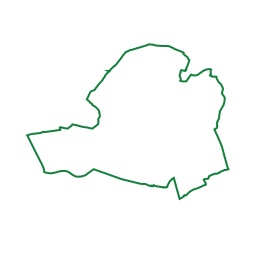 Uitgeest, Noord-Holland, Netherlands (Robinson projection), rotated 170°
{"feature_id": "6326949B50941675836803", "entity_name": "Uitgeest", "entity_type": "district", "adm_level": 2, "iso_a3": "NLD", "parent_name": "Netherlands", "parent_adm1": "Noord-Holland", "projection": "robinson", "projection_center": [4.72, 52.523], "detail": "fine", "context": "isolated", "style": "outline", "palette": "green", "viewbox_px": 256, "rotation_deg": 170, "n_neighbors": 0, "source": "geoboundaries", "source_scale": "gbopen_adm2", "svg_char_len": 5466}
<svg xmlns="http://www.w3.org/2000/svg" viewBox="0 0 256 256"><g transform="rotate(170 128 128)"><path d="M218.1,99.0L216.8,98.5L215.6,97.9L214.5,97.5L213.0,97.0L211.5,96.7L210.6,96.7L208.5,96.7L205.5,96.9L203.4,97.2L202.2,97.2L198.5,96.9L196.9,96.5L196.1,96.1L195.3,95.7L194.3,95.0L193.4,94.2L190.2,91.0L188.7,89.9L188.1,89.5L187.2,89.1L184.3,88.5L183.0,88.4L182.2,88.4L179.8,88.6L178.2,88.9L169.0,93.4L143.1,78.7L125.6,71.0L124.5,70.6L121.4,70.0L120.6,69.8L119.5,69.1L118.0,68.0L117.1,67.6L116.6,67.1L115.4,67.3L115.2,67.3L114.9,67.2L114.7,67.1L114.5,66.7L114.4,66.7L114.5,66.5L114.2,66.4L113.8,66.5L113.5,66.4L113.4,66.3L113.1,66.4L112.9,66.6L112.7,66.9L112.6,67.2L111.4,66.2L110.7,66.1L109.2,65.3L108.7,65.1L108.2,65.1L106.5,64.5L103.9,63.4L103.8,63.7L101.4,62.9L101.2,63.2L100.9,63.2L100.5,63.1L99.6,63.0L98.9,64.7L98.5,65.2L97.5,66.5L96.3,68.0L95.9,68.4L95.1,69.0L93.8,69.7L93.8,69.9L91.6,70.9L90.2,56.4L89.5,49.2L85.5,50.6L85.2,50.9L84.1,51.4L84.1,51.6L84.3,51.9L84.1,52.0L84.0,51.8L83.8,51.7L82.3,51.7L80.9,52.7L80.8,52.8L79.5,53.7L77.7,54.8L75.2,55.7L74.4,56.0L70.4,56.5L67.0,57.3L65.0,57.9L62.5,58.5L61.8,58.7L61.6,58.7L61.6,58.8L61.2,58.7L61.1,59.7L61.1,60.2L61.2,60.8L61.3,61.1L61.8,61.9L62.0,62.3L62.1,62.7L62.3,64.1L61.1,64.3L57.9,64.2L57.8,64.4L57.3,64.8L57.2,65.0L57.0,65.8L56.9,66.1L56.6,66.4L56.4,66.6L55.2,66.8L54.4,67.1L52.5,67.6L52.4,67.6L52.1,67.5L51.3,67.6L50.3,67.9L49.9,67.9L49.5,67.8L49.1,67.5L48.1,67.6L47.2,67.9L46.0,68.0L45.9,68.3L45.4,68.4L44.8,68.7L43.4,69.0L40.2,69.9L39.2,69.7L36.3,69.9L36.4,70.4L36.6,71.2L36.9,72.6L37.0,73.9L37.8,82.6L37.9,83.3L38.0,83.6L38.0,84.0L38.0,84.5L38.0,85.0L38.7,93.1L38.9,94.2L39.1,94.8L39.2,95.2L39.2,95.8L39.3,96.1L41.6,105.8L42.0,107.0L42.3,107.8L42.3,108.0L42.4,108.7L43.1,111.6L42.3,111.9L41.4,112.2L41.0,112.4L40.3,113.0L39.7,114.2L39.7,114.4L39.9,114.9L40.0,115.5L39.2,117.8L39.0,118.5L39.0,118.8L38.6,119.0L38.4,119.1L38.2,119.6L37.9,120.1L37.1,120.9L36.8,121.6L36.0,124.0L35.7,125.1L35.6,125.7L35.2,126.3L35.0,127.0L34.9,127.4L34.9,127.9L34.9,128.0L34.6,128.4L34.2,128.9L33.5,129.7L33.1,130.2L32.8,130.6L32.4,131.1L31.5,132.1L31.1,132.7L30.3,133.4L29.9,134.2L29.6,134.8L29.2,135.5L28.3,137.6L28.1,138.7L27.7,139.5L27.7,140.0L27.6,140.5L27.5,141.0L27.6,141.6L28.0,142.5L29.1,144.6L29.5,145.8L29.4,146.0L29.0,146.6L28.9,147.1L28.3,148.7L27.8,149.6L27.6,150.4L27.6,150.9L28.0,152.2L28.3,152.8L28.7,154.5L29.0,155.1L29.4,155.8L29.6,156.2L30.5,157.0L30.8,157.4L32.2,161.8L32.1,162.2L32.0,163.1L32.8,163.4L33.2,163.5L33.9,163.6L35.3,163.7L35.6,163.8L37.2,164.7L37.5,164.9L37.6,165.0L37.2,165.5L38.0,165.7L36.9,167.4L36.9,167.9L36.9,168.9L36.8,169.6L36.6,170.0L36.0,171.0L36.3,171.3L36.5,171.6L37.9,171.9L39.1,172.0L40.4,172.0L41.9,171.8L43.3,171.4L44.1,171.1L45.6,170.4L49.7,168.5L50.4,168.2L51.0,168.1L52.4,168.1L53.4,168.2L54.4,168.5L55.3,168.8L55.8,169.1L56.7,169.6L59.5,166.8L62.6,163.8L64.2,164.1L65.7,164.2L68.3,165.4L68.0,165.7L67.7,166.5L67.6,167.0L67.5,167.4L67.5,167.8L68.0,169.7L68.1,170.1L68.1,170.4L68.0,170.8L67.9,171.2L67.7,171.5L66.4,173.8L66.6,174.1L65.6,175.7L61.6,174.2L60.7,175.2L61.1,175.4L58.9,178.6L57.5,180.9L55.8,184.1L56.0,184.2L56.3,184.7L56.8,186.0L57.0,186.9L57.2,187.3L58.3,188.7L59.3,189.7L60.6,191.5L60.4,191.9L60.1,192.4L61.6,193.6L64.0,195.0L66.0,196.3L67.6,197.3L67.9,197.4L68.0,197.4L68.4,197.6L68.6,197.8L68.7,198.1L68.9,198.3L70.6,199.5L71.2,199.9L71.8,200.4L72.7,200.9L73.0,201.2L73.5,201.4L73.6,201.5L73.9,201.6L74.1,201.6L74.5,201.9L75.5,201.9L83.7,203.7L84.6,203.9L87.9,205.1L88.1,205.2L88.3,205.5L88.5,205.6L92.0,206.5L92.8,206.8L93.5,206.5L95.2,206.2L97.4,205.9L109.3,204.5L112.4,204.3L113.1,204.2L117.2,203.0L117.4,202.9L118.3,202.0L119.9,200.8L120.7,200.1L121.0,199.6L121.7,198.8L122.5,198.2L123.1,197.5L124.7,196.2L124.8,195.9L125.0,195.8L127.4,193.8L127.6,193.6L127.7,193.4L128.0,193.1L128.5,192.6L131.0,191.1L131.1,191.3L131.3,191.2L131.9,190.7L133.6,189.6L134.6,188.8L135.1,188.3L135.7,187.8L136.1,187.6L136.3,187.6L138.0,187.8L137.5,187.4L137.3,187.1L137.0,187.1L136.8,186.9L138.6,185.9L139.6,185.2L140.6,184.3L141.7,183.2L141.9,183.0L142.0,182.6L142.4,182.1L144.2,180.5L144.5,180.0L145.6,178.8L146.8,178.1L148.2,177.0L149.1,176.3L149.6,175.8L150.5,175.1L151.1,174.2L151.9,173.7L152.5,173.2L153.3,172.3L154.1,171.5L154.5,171.2L154.8,171.1L157.4,170.7L158.5,170.2L159.0,169.7L163.6,163.3L161.2,160.5L161.0,159.8L160.7,159.4L159.7,158.6L159.4,158.3L159.3,157.2L159.1,156.8L158.8,156.6L158.3,156.3L157.9,155.9L157.3,155.3L156.2,154.2L156.0,153.9L155.7,153.5L155.3,153.0L154.9,152.4L153.9,150.6L153.7,150.2L153.5,148.3L153.5,147.7L153.6,147.0L153.5,145.3L153.7,144.5L153.8,144.2L154.3,143.5L155.7,142.0L155.9,141.3L155.9,140.3L156.3,138.2L156.9,137.0L157.2,136.7L160.4,135.0L162.1,134.2L162.5,133.9L162.8,133.7L163.3,133.7L163.6,133.7L166.4,134.8L168.4,135.7L169.1,135.9L170.1,136.2L172.3,137.0L174.8,138.0L176.7,139.0L182.1,141.2L182.3,140.8L183.0,140.4L183.4,139.9L185.6,139.0L186.7,138.2L186.9,138.1L187.3,138.0L188.3,138.2L189.6,138.5L191.2,139.1L193.2,140.1L193.9,140.3L194.6,140.3L195.1,140.3L195.2,140.2L195.0,139.5L194.9,138.8L195.0,137.9L200.5,138.1L201.5,138.0L203.8,138.2L209.7,138.4L210.8,138.6L212.2,138.7L213.2,138.9L213.7,138.6L214.1,138.5L214.7,138.4L215.5,138.3L224.1,138.8L225.4,138.7L226.4,138.5L228.5,138.3L227.3,134.3L222.5,118.1L222.4,117.9L220.9,113.0L220.6,111.8L220.6,111.7L220.4,111.4L220.0,109.9L219.4,108.2L219.0,107.0L218.4,104.5L218.2,103.5L218.1,102.3L218.1,99.0Z" fill="none" stroke="#15803d" stroke-width="2"/></g></svg>